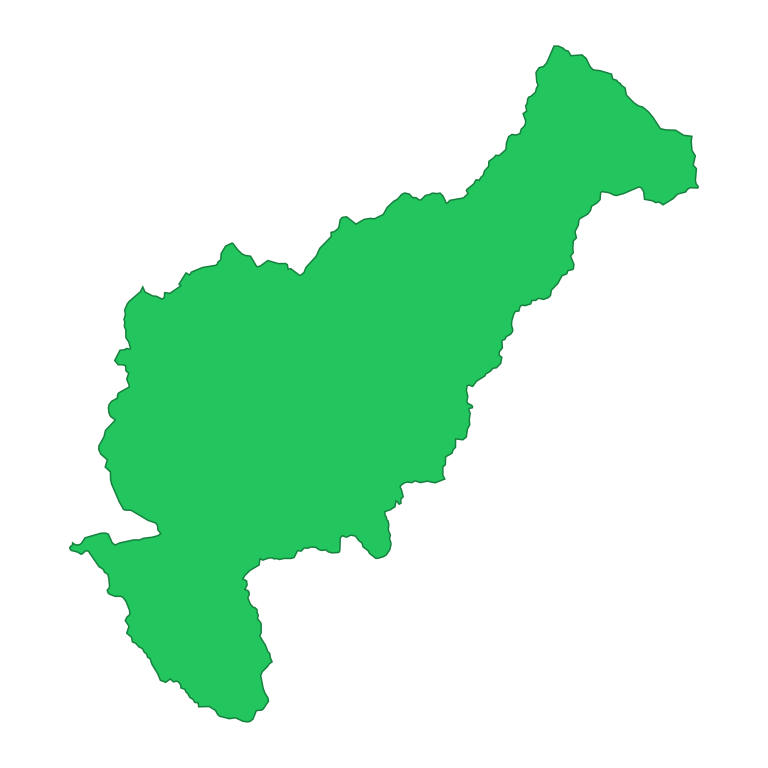 Mae Tha, Lamphun, Thailand (Albers equal-area conic projection)
{"feature_id": "78962969B72300277580274", "entity_name": "Mae Tha", "entity_type": "district", "adm_level": 2, "iso_a3": "THA", "parent_name": "Thailand", "parent_adm1": "Lamphun", "projection": "albers", "projection_center": [99.085, 18.376], "detail": "fine", "context": "isolated", "style": "filled", "palette": "green", "viewbox_px": 768, "rotation_deg": 0, "n_neighbors": 0, "source": "geoboundaries", "source_scale": "gbopen_adm2", "svg_char_len": 6085}
<svg xmlns="http://www.w3.org/2000/svg" viewBox="0 0 768 768"><path d="M198.7,706.8L209.2,706.5L215.4,710.4L217.7,714.5L219.6,716.2L229.3,718.7L235.5,717.8L243.0,721.3L247.5,721.9L250.0,721.4L252.9,719.2L256.4,710.6L261.5,710.1L263.2,709.1L268.5,701.2L267.9,697.8L265.0,693.3L263.2,688.5L260.7,675.7L262.3,671.6L267.5,666.5L269.3,663.8L272.1,661.8L270.4,658.0L269.7,653.4L267.8,651.5L265.4,645.2L259.8,636.2L261.2,632.5L261.1,624.0L260.6,622.5L257.6,618.9L258.2,615.0L257.0,612.2L257.1,609.8L255.3,607.9L252.9,607.0L250.3,604.0L247.8,597.8L249.3,594.2L249.0,592.3L248.0,590.7L244.9,589.4L247.1,585.1L246.6,581.0L242.8,578.9L245.0,575.3L249.7,570.6L259.1,565.0L259.9,558.8L262.8,560.1L268.9,558.0L272.8,557.9L273.6,558.8L277.1,558.7L279.6,559.5L283.5,558.5L291.6,558.4L294.2,557.4L297.5,550.7L301.1,551.1L304.2,548.0L308.6,548.1L310.6,547.0L315.9,547.4L318.6,549.4L321.3,550.4L325.8,549.9L328.2,551.8L331.9,552.9L338.3,552.5L339.4,551.8L339.9,549.8L340.2,538.2L342.1,535.7L346.4,537.2L351.0,535.1L355.5,536.1L358.7,540.5L362.0,543.1L363.1,547.0L368.0,550.6L369.6,553.5L375.7,558.3L377.4,558.4L383.1,556.8L386.1,555.1L389.7,549.9L391.0,544.5L390.7,541.8L389.5,539.2L390.4,535.0L388.3,530.2L388.8,524.4L388.0,520.9L386.6,519.4L386.4,517.3L384.9,514.8L385.0,511.5L390.1,509.9L395.0,506.7L396.0,501.0L396.8,501.1L399.1,504.2L401.0,503.2L400.8,499.1L403.2,496.7L401.5,489.9L400.1,487.0L400.7,485.6L403.9,483.1L407.0,482.1L412.1,482.6L415.0,480.8L420.3,482.6L427.3,481.2L435.1,482.8L444.8,479.0L442.9,475.4L442.9,467.0L445.3,464.7L445.7,456.8L452.0,453.2L453.2,449.7L455.5,447.3L455.6,438.9L462.9,439.8L466.3,437.0L467.5,428.8L469.7,425.0L469.3,419.3L470.2,413.4L468.8,409.5L469.3,408.4L472.3,407.8L472.6,406.8L471.7,405.3L467.9,403.4L466.8,401.5L467.8,396.4L466.4,390.7L467.0,386.1L468.6,385.0L472.7,386.4L476.5,381.2L484.8,376.0L485.8,374.0L490.4,371.2L492.9,368.3L496.4,367.8L500.7,363.4L501.8,357.4L499.4,355.4L499.0,354.1L499.5,351.6L502.4,347.9L501.9,341.1L502.7,340.1L504.8,339.5L506.3,336.6L510.8,334.1L512.3,331.9L512.8,329.9L511.5,325.0L511.8,320.8L513.8,314.1L515.4,311.4L518.9,311.0L519.9,306.8L520.9,305.7L522.7,305.2L525.3,305.6L530.7,303.9L531.9,300.5L535.8,300.4L538.4,298.3L543.6,299.4L548.4,297.6L550.5,295.4L551.4,290.1L557.9,283.4L561.9,275.8L566.8,273.8L567.9,270.6L572.5,269.6L573.4,268.7L573.9,264.3L570.6,256.0L573.3,252.7L572.8,248.8L573.3,240.9L576.4,238.0L575.0,231.6L578.4,225.1L578.8,220.8L579.8,218.7L587.7,214.1L590.5,210.4L591.6,206.2L596.8,203.1L600.1,199.6L600.6,192.9L601.9,191.6L609.0,192.7L614.1,195.1L616.5,195.5L623.8,193.5L639.0,186.9L641.2,187.8L643.7,191.7L644.5,199.3L652.3,200.7L655.7,202.6L659.0,202.0L663.1,204.8L673.2,198.6L677.6,194.1L685.5,192.0L687.6,189.2L690.1,187.7L697.8,188.0L698.3,186.7L696.1,183.8L695.4,180.5L696.4,168.6L693.2,165.2L695.3,155.8L692.0,150.5L691.2,141.4L691.9,136.3L683.6,135.3L675.6,130.2L665.9,129.9L660.4,128.7L653.0,117.4L648.4,111.8L642.5,106.9L638.8,106.1L633.8,102.7L626.3,95.0L625.1,88.0L621.2,85.2L620.4,83.6L618.1,82.2L616.7,80.3L612.8,79.1L611.5,74.1L600.1,70.7L593.2,69.9L590.3,67.0L586.1,58.4L582.0,54.9L571.0,55.7L568.2,51.1L565.0,50.1L563.2,48.2L558.3,46.1L554.0,46.1L546.7,62.9L543.5,66.5L539.1,67.7L536.0,72.4L536.7,81.5L538.0,85.4L536.4,88.3L535.5,92.2L530.9,96.3L528.8,97.1L527.7,98.9L527.1,103.3L525.7,105.9L526.7,111.1L523.1,113.6L525.6,120.7L525.6,122.7L524.6,125.8L521.2,129.2L519.9,133.7L515.8,135.1L512.0,134.4L508.6,136.7L506.4,143.1L505.9,149.6L499.2,155.5L495.7,155.3L494.0,157.6L488.9,161.3L488.6,166.4L484.5,170.9L483.0,175.6L481.0,177.2L479.1,180.4L476.8,179.7L475.7,180.2L473.8,183.9L466.8,189.5L466.4,190.7L468.1,193.4L463.5,197.9L449.7,200.4L447.9,202.7L446.4,203.2L442.9,195.9L440.1,193.1L437.1,193.6L432.3,193.1L429.5,194.6L425.5,195.4L421.3,199.6L419.3,200.1L416.1,197.7L412.5,197.5L409.4,194.1L404.7,193.0L401.5,194.5L397.5,199.2L393.7,201.3L387.2,207.4L383.2,214.5L374.4,218.8L370.0,218.4L364.1,219.4L355.9,224.1L346.6,216.8L342.3,217.4L340.2,219.7L338.9,227.2L338.1,228.6L334.4,231.6L331.0,232.4L331.3,236.5L319.8,248.3L316.2,256.2L306.0,267.4L304.0,272.5L300.6,275.3L299.1,275.0L290.8,268.7L288.1,269.2L287.4,264.9L285.7,263.5L278.3,263.6L267.8,260.5L260.6,265.8L258.0,266.7L256.6,266.5L250.6,256.2L245.2,255.4L241.8,253.8L237.8,249.9L232.9,243.5L232.0,243.1L225.6,246.1L221.1,253.6L220.8,259.8L218.1,261.8L217.1,264.3L215.8,265.3L202.5,267.5L191.4,272.1L189.6,275.0L186.0,272.9L179.0,284.2L180.9,285.8L170.0,293.3L164.7,292.6L164.3,297.4L163.3,298.3L161.9,299.0L156.3,296.2L152.8,296.0L145.0,292.0L142.8,287.0L140.4,291.8L129.2,301.4L127.3,303.8L124.7,310.0L125.4,314.7L124.0,319.5L124.8,322.1L124.3,326.6L125.8,329.7L125.9,337.6L128.8,342.1L130.5,348.4L129.2,349.2L126.8,348.4L124.1,349.9L120.0,350.2L114.7,360.5L118.2,364.8L123.1,364.8L125.7,366.0L125.9,370.8L128.7,373.2L126.7,379.2L129.1,385.1L129.1,387.1L118.8,392.8L117.8,394.3L117.1,398.3L111.8,401.1L109.1,404.5L108.4,407.9L109.1,413.4L110.6,416.5L114.9,419.6L114.9,420.5L105.5,430.4L104.0,436.8L99.0,445.6L98.7,449.5L100.8,454.1L107.3,459.8L105.2,467.1L110.4,471.9L110.6,479.7L111.6,484.0L119.3,501.9L123.5,509.3L124.8,510.0L131.1,510.3L148.1,520.4L155.4,522.9L157.3,525.0L158.0,530.1L160.8,533.5L158.3,535.5L152.5,537.2L143.3,538.3L139.5,540.0L133.8,539.9L129.4,540.8L119.5,543.0L115.2,545.0L112.4,543.2L108.3,534.1L105.3,533.1L101.0,533.2L85.1,537.8L81.3,543.5L79.0,544.9L75.6,544.9L72.6,542.9L72.4,545.0L70.2,546.8L69.7,548.3L71.1,550.4L77.7,552.1L80.9,554.2L82.3,553.9L85.5,550.8L88.4,551.2L99.0,566.7L103.3,569.3L104.5,572.3L107.8,574.2L108.9,579.0L109.5,586.1L109.2,587.9L107.2,590.2L108.1,592.9L109.6,594.2L115.2,596.4L120.7,596.3L123.0,597.4L126.1,601.6L129.6,610.5L129.7,614.7L127.0,617.0L125.3,620.6L129.0,626.3L126.7,633.2L131.5,637.2L132.4,641.9L135.6,643.2L138.9,646.9L142.4,648.6L144.4,652.4L146.7,654.0L147.6,657.3L150.1,658.6L151.9,664.2L157.8,673.8L160.4,680.3L165.7,682.3L170.3,679.0L173.5,681.9L176.2,681.2L178.3,681.7L180.6,684.8L181.0,688.0L184.9,689.3L185.9,691.8L187.8,693.8L190.0,697.6L193.1,699.4L194.8,702.4L198.2,702.9L198.7,706.8Z" fill="#22c55e" stroke="#15803d" stroke-width="1.5"/></svg>